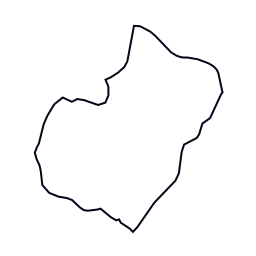 SVG path tracing the border of Bioko Sur, rotated 7°
{"feature_id": "GNQ-1479", "entity_name": "Bioko Sur", "entity_type": "Province", "adm_level": 1, "iso_a3": "GNQ", "parent_name": "Equatorial Guinea", "parent_adm1": "", "projection": "natural_earth1", "projection_center": [8.643, 3.416], "detail": "fine", "context": "isolated", "style": "outline", "palette": "ink", "viewbox_px": 256, "rotation_deg": 7, "n_neighbors": 0, "source": "natural_earth", "source_scale": "10m", "svg_char_len": 920}
<svg xmlns="http://www.w3.org/2000/svg" viewBox="0 0 256 256"><g transform="rotate(7 128 128)"><path d="M217.5,81.3L216.4,82.8L208.3,108.1L201.3,114.5L199.4,125.5L198.2,128.0L197.3,129.6L185.7,137.6L184.2,145.2L184.0,166.8L181.5,174.5L163.3,198.8L149.4,225.2L145.6,230.5L141.7,227.5L132.4,222.9L130.3,219.8L127.7,221.1L121.8,218.6L110.6,211.4L107.7,212.6L98.3,215.0L94.2,214.9L89.9,212.7L81.3,206.3L76.0,205.0L67.3,204.6L57.7,202.0L49.9,195.0L46.6,181.2L44.8,176.1L41.1,170.0L38.5,163.8L39.8,158.6L41.4,154.3L43.9,134.4L46.6,125.3L51.9,113.5L59.5,105.7L69.1,108.8L74.2,105.4L81.1,105.7L95.5,108.8L102.4,105.6L104.6,98.1L103.5,89.4L99.8,82.8L104.8,79.7L111.2,74.4L116.8,68.1L119.2,62.1L121.5,25.9L127.5,25.5L138.5,29.7L143.8,33.2L161.6,47.7L167.1,50.2L171.9,51.3L175.4,51.2L178.5,50.8L188.8,51.3L199.8,53.9L205.1,56.2L208.8,59.1L210.0,60.9L211.1,62.9L217.5,81.3Z" fill="none" stroke="#020617" stroke-width="2"/></g></svg>